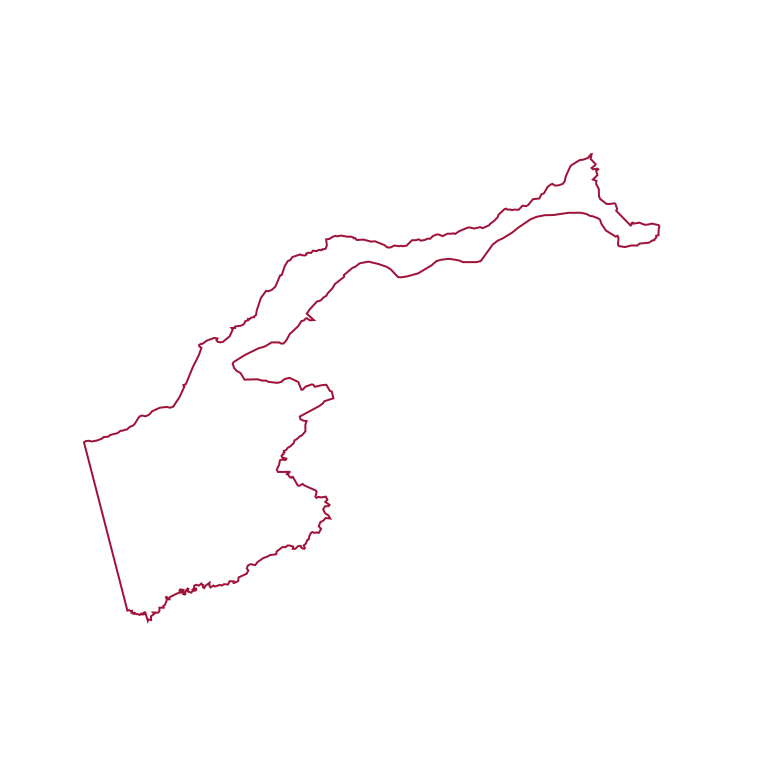 Nyasa, Ruvuma, United Republic of Tanzania, rotated 76°
{"feature_id": "72390352B51604936414420", "entity_name": "Nyasa", "entity_type": "district", "adm_level": 2, "iso_a3": "TZA", "parent_name": "United Republic of Tanzania", "parent_adm1": "Ruvuma", "projection": "equal_earth", "projection_center": [34.941, -11.007], "detail": "fine", "context": "isolated", "style": "outline", "palette": "rose", "viewbox_px": 768, "rotation_deg": 76, "n_neighbors": 0, "source": "geoboundaries", "source_scale": "gbopen_adm2", "svg_char_len": 6151}
<svg xmlns="http://www.w3.org/2000/svg" viewBox="0 0 768 768"><g transform="rotate(76 384 384)"><path d="M215.5,129.1L211.2,126.9L211.2,127.7L214.0,131.4L214.5,136.4L214.1,140.0L217.0,149.1L218.0,150.6L226.3,157.2L231.2,159.8L233.1,162.2L233.5,167.0L232.6,170.6L230.6,172.0L230.7,173.8L232.3,177.5L237.7,182.7L238.0,185.3L241.6,188.4L240.7,194.8L245.2,200.8L245.8,203.0L244.5,206.5L247.5,211.2L246.2,215.7L246.3,217.8L245.2,219.4L244.6,222.3L243.4,223.1L243.5,224.8L247.5,232.0L249.6,233.3L252.3,237.6L254.3,242.3L255.4,243.5L256.5,249.6L256.6,250.8L255.1,252.6L254.9,259.0L252.7,263.2L252.6,265.5L253.9,274.0L255.6,278.8L254.5,280.4L254.5,282.4L253.5,286.0L254.7,291.4L252.0,295.0L251.7,296.9L252.2,300.6L254.2,304.0L253.5,307.1L254.1,309.1L253.9,313.4L252.0,315.4L252.2,318.2L251.3,322.1L255.2,328.6L254.9,332.6L254.0,333.9L254.0,336.1L252.2,340.3L253.1,345.1L252.2,347.8L249.3,350.0L243.3,358.3L242.8,361.9L238.9,369.0L237.7,375.6L235.4,376.8L235.3,378.2L234.4,378.2L232.8,380.9L232.4,383.5L229.6,389.7L229.4,393.8L228.5,395.2L228.7,398.0L230.0,402.0L229.7,405.2L235.7,405.9L238.6,407.9L238.7,410.5L238.3,410.9L239.1,412.2L238.1,414.9L238.8,417.3L237.4,420.7L239.2,423.1L238.3,425.4L238.5,427.8L239.7,427.9L240.2,429.4L239.0,433.0L238.0,433.9L238.7,442.3L241.2,445.1L241.3,447.4L245.7,451.9L253.5,456.8L253.5,458.5L263.3,465.9L265.6,470.3L266.0,473.8L265.1,475.9L270.7,482.6L281.9,489.7L286.3,491.6L286.8,493.4L287.7,493.8L287.5,497.3L288.6,498.8L288.0,500.2L289.3,500.4L289.3,503.2L291.5,504.9L292.5,506.8L292.8,509.2L292.2,514.4L292.6,515.2L293.6,515.1L292.8,518.4L294.6,517.6L300.4,522.3L304.1,530.0L304.0,532.6L302.9,535.1L301.0,536.0L299.6,534.6L298.2,537.7L299.1,545.8L301.0,550.1L300.8,552.3L301.6,554.2L303.1,553.9L304.8,552.4L311.5,556.9L321.1,565.2L336.3,576.4L336.4,578.8L337.5,579.0L338.2,578.3L347.2,585.5L355.0,594.0L355.3,597.1L353.6,600.7L352.8,607.3L354.3,615.5L356.8,619.1L357.4,621.6L357.6,623.4L356.1,626.2L356.1,628.2L357.2,630.2L362.6,635.7L363.8,638.1L364.0,640.8L366.0,644.6L365.7,646.8L366.1,649.2L365.6,651.0L367.2,654.3L367.2,662.0L368.4,664.2L367.7,668.8L368.8,671.1L369.4,676.3L369.1,681.4L367.6,684.3L367.3,687.0L367.9,689.2L541.8,687.8L541.7,686.1L543.1,684.7L543.2,683.4L544.8,684.1L544.7,683.3L545.9,683.0L545.7,681.7L546.6,681.8L546.5,680.6L547.4,680.1L547.6,678.8L549.0,676.9L548.1,675.4L549.2,674.4L549.3,672.8L548.1,673.4L547.6,671.5L549.0,671.6L548.8,670.8L556.8,670.5L555.5,669.4L556.7,667.1L553.1,666.4L551.4,662.4L549.9,663.3L551.2,658.3L549.7,656.7L546.7,656.0L547.7,651.9L546.1,651.9L545.4,650.1L541.9,647.5L539.7,646.7L538.3,647.2L538.0,646.4L540.8,645.2L541.1,644.2L539.1,643.6L538.8,642.7L537.1,635.1L537.1,630.8L535.9,631.0L535.0,632.4L534.0,631.4L535.3,628.3L536.9,629.3L537.8,628.5L539.0,629.8L539.9,628.7L539.9,627.6L537.6,627.2L534.9,624.1L535.5,623.4L537.9,624.6L539.8,621.4L538.5,619.9L538.8,616.7L537.9,615.8L536.9,616.0L536.6,618.4L536.2,617.7L533.8,616.9L533.4,614.8L534.8,612.4L533.4,609.5L534.9,609.1L535.4,608.1L537.3,608.9L538.5,607.9L536.5,605.8L534.6,601.3L537.6,602.2L539.4,601.5L538.3,598.3L539.6,597.0L539.2,591.8L540.4,590.0L539.5,587.7L540.8,583.9L538.0,581.5L539.2,577.5L540.5,578.1L540.8,577.4L539.9,573.1L536.5,571.9L534.8,563.0L532.0,560.7L529.9,561.8L527.3,560.1L526.5,557.2L528.6,552.7L526.1,549.7L523.7,543.3L523.2,538.5L522.4,536.2L523.1,529.8L520.6,528.7L517.7,522.2L518.5,518.8L517.4,516.8L517.9,514.6L519.9,511.4L521.9,512.4L522.5,510.1L520.6,506.6L520.6,505.2L521.0,503.9L522.3,504.0L524.2,502.4L524.6,501.0L523.8,500.4L521.3,501.0L520.1,498.6L516.7,496.0L516.6,494.7L513.5,493.2L510.6,490.6L510.4,489.2L511.6,487.6L511.7,485.5L512.7,483.3L509.4,480.1L506.3,481.7L502.7,479.2L501.8,475.7L499.9,473.2L501.5,468.7L498.1,469.7L495.1,472.4L490.9,473.4L488.4,470.8L489.1,467.3L488.1,466.1L484.2,469.5L482.5,466.9L479.2,467.8L478.9,472.3L477.7,474.7L478.1,477.2L476.7,477.8L472.4,475.5L470.9,475.9L463.3,485.7L461.2,487.2L462.2,490.3L461.7,492.2L452.1,494.9L451.8,495.5L452.5,496.3L451.8,497.8L448.5,499.1L448.0,500.1L447.2,499.5L447.1,497.1L446.4,496.9L443.7,508.2L441.1,508.8L437.0,505.3L432.9,503.5L432.6,500.8L433.9,498.5L433.3,497.1L432.7,496.8L431.3,499.8L429.6,500.8L428.6,500.6L427.9,498.7L426.7,498.5L426.4,497.1L424.7,497.4L424.3,494.8L422.5,492.6L421.9,490.2L419.6,486.0L417.0,484.4L416.5,482.1L414.2,477.8L414.1,476.2L410.9,471.7L404.6,470.2L401.2,468.1L400.3,470.7L398.0,473.6L395.2,473.6L389.7,452.0L388.0,447.9L386.3,446.1L385.6,436.5L378.7,436.5L377.6,438.2L370.8,440.1L370.1,444.4L370.0,451.8L367.7,452.7L366.9,454.2L367.6,460.8L369.8,464.2L369.6,465.5L361.3,466.7L355.2,474.1L355.1,478.3L355.7,480.7L357.1,482.9L357.1,487.3L353.8,495.9L352.3,497.4L351.0,501.9L348.9,505.4L346.0,518.3L338.8,520.5L335.4,524.0L332.2,525.6L327.6,525.9L326.2,524.3L322.2,511.9L319.1,497.7L318.7,490.1L316.4,483.0L318.4,475.5L319.7,474.4L320.4,471.8L318.3,468.5L312.7,463.3L307.0,453.0L303.0,449.0L303.0,446.4L301.7,444.5L301.5,443.0L304.3,440.5L305.0,436.6L297.1,441.9L293.6,438.0L287.8,429.2L287.5,424.8L285.5,422.0L284.3,418.4L282.5,416.9L278.8,411.1L275.1,407.4L270.3,396.7L268.6,396.6L263.6,386.3L263.3,383.5L261.0,378.4L261.5,369.5L266.2,360.4L270.8,353.3L274.4,349.7L283.7,344.5L284.6,341.8L285.2,335.3L284.9,324.2L280.4,309.2L277.4,303.3L277.2,298.8L278.2,291.2L279.8,286.8L282.4,281.1L284.8,278.0L288.1,264.9L288.1,260.3L275.0,244.8L272.4,238.9L271.5,233.8L268.0,222.8L264.8,216.0L259.6,201.8L258.7,195.4L259.1,187.3L261.0,179.0L262.5,163.8L265.3,152.1L267.9,146.6L270.6,143.6L271.9,140.6L275.1,136.1L277.0,134.6L281.2,134.3L288.7,131.6L297.1,123.5L296.7,121.5L299.0,121.1L305.3,123.3L307.0,122.7L309.4,117.2L309.4,110.5L310.9,104.8L309.6,101.9L311.0,92.9L309.7,89.1L309.8,86.9L309.1,86.7L307.8,84.4L306.0,84.1L306.1,81.7L300.0,80.0L298.3,78.8L296.3,79.0L293.1,85.5L293.2,89.0L292.6,92.5L289.2,97.3L288.8,103.0L287.6,103.4L287.8,104.9L289.5,105.4L289.9,106.4L272.0,116.8L270.6,115.4L265.2,115.9L264.3,116.9L264.0,121.4L263.0,124.6L256.9,129.4L254.0,130.0L246.7,128.4L241.2,129.8L238.3,128.7L236.1,131.8L233.0,126.4L228.6,126.6L227.5,124.2L226.7,124.7L226.2,129.4L224.6,130.3L222.9,126.2L221.9,125.5L215.5,129.1Z" fill="none" stroke="#9f1239" stroke-width="2"/></g></svg>